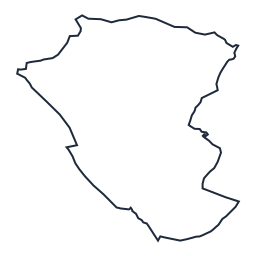 Girei, Adamawa, Nigeria (Albers equal-area conic projection)
{"feature_id": "59680162B61760155439631", "entity_name": "Girei", "entity_type": "district", "adm_level": 2, "iso_a3": "NGA", "parent_name": "Nigeria", "parent_adm1": "Adamawa", "projection": "albers", "projection_center": [12.503, 9.423], "detail": "fine", "context": "isolated", "style": "outline", "palette": "slate", "viewbox_px": 256, "rotation_deg": 0, "n_neighbors": 0, "source": "geoboundaries", "source_scale": "gbopen_adm2", "svg_char_len": 1855}
<svg xmlns="http://www.w3.org/2000/svg" viewBox="0 0 256 256"><path d="M210.6,231.5L212.7,229.9L215.9,227.0L218.5,224.8L222.4,218.9L225.9,216.5L235.6,206.8L238.8,201.5L225.8,197.3L202.6,188.4L202.6,183.7L203.2,181.4L204.0,178.3L208.1,173.6L210.1,171.5L214.2,168.1L217.6,162.0L221.0,152.6L219.9,148.2L212.6,144.4L209.0,140.7L204.1,137.2L202.8,135.9L204.1,134.4L204.7,134.3L205.0,135.0L205.8,136.0L207.8,134.5L206.3,132.4L201.7,131.8L199.7,129.0L194.5,128.8L190.3,126.1L188.7,125.0L190.2,120.8L191.2,117.4L191.9,115.2L193.1,113.4L194.3,111.6L195.0,109.8L195.5,107.6L197.9,105.4L200.5,102.3L201.8,98.0L217.7,90.2L217.1,86.8L216.4,84.1L218.4,77.3L220.5,72.6L222.9,68.6L227.3,61.7L229.3,59.7L231.6,59.4L233.6,58.7L235.2,56.4L234.8,54.4L234.3,52.9L236.2,48.9L238.2,45.7L235.9,45.0L232.8,46.8L226.5,43.0L225.1,39.9L224.2,39.1L217.1,35.1L214.5,32.4L205.0,34.6L195.3,32.7L187.1,27.3L174.4,26.9L155.7,18.8L153.7,18.4L145.1,16.9L139.1,16.0L138.8,16.0L126.5,19.6L119.0,20.3L113.0,21.9L111.6,22.3L100.8,19.2L88.3,18.7L82.1,15.4L75.6,19.4L80.9,28.1L80.6,31.2L77.9,35.7L69.8,36.1L67.2,42.8L58.0,54.7L52.6,58.1L43.6,59.5L40.5,60.7L35.7,61.3L30.2,62.1L26.7,63.0L25.9,68.9L20.7,69.6L18.1,69.3L17.2,73.7L25.1,77.7L26.8,80.0L29.8,83.6L31.8,87.5L46.5,101.5L59.8,114.6L69.6,127.7L77.0,145.2L66.6,147.3L68.6,149.7L72.6,156.4L75.3,163.2L79.4,169.3L84.8,176.1L93.6,185.6L96.5,188.1L98.3,189.7L103.7,194.5L104.1,194.9L113.1,204.0L116.6,207.5L118.4,207.9L118.6,207.9L118.9,208.0L119.5,208.1L120.2,208.4L121.2,208.5L122.8,208.7L125.6,209.0L127.2,209.2L128.5,209.4L129.0,209.3L129.6,209.0L130.7,207.7L131.7,209.1L132.3,210.4L132.3,211.0L136.1,213.9L138.2,218.2L141.6,220.0L143.3,222.4L146.8,223.5L148.6,226.1L158.0,240.6L160.3,236.4L165.9,237.7L180.3,240.6L187.2,239.1L196.5,236.6L199.4,236.5L202.7,235.2L205.8,233.7L210.6,231.5Z" fill="none" stroke="#1e293b" stroke-width="2"/></svg>